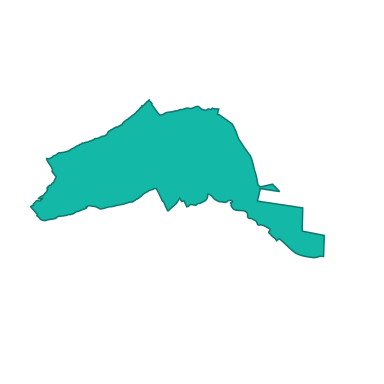 Santa Cruz Tlaxcala, Tlaxcala, Mexico (Equal Earth projection), rotated 114°
{"feature_id": "50627088B88725263381209", "entity_name": "Santa Cruz Tlaxcala", "entity_type": "district", "adm_level": 2, "iso_a3": "MEX", "parent_name": "Mexico", "parent_adm1": "Tlaxcala", "projection": "equal_earth", "projection_center": [-98.126, 19.361], "detail": "fine", "context": "isolated", "style": "filled", "palette": "teal", "viewbox_px": 384, "rotation_deg": 114, "n_neighbors": 0, "source": "geoboundaries", "source_scale": "gbopen_adm2", "svg_char_len": 6106}
<svg xmlns="http://www.w3.org/2000/svg" viewBox="0 0 384 384"><g transform="rotate(114 192 192)"><path d="M135.3,153.2L134.1,155.5L129.7,162.9L124.2,171.4L118.7,176.5L115.7,180.1L113.4,183.1L110.3,198.9L110.8,200.2L107.5,201.1L105.3,201.3L107.0,205.7L107.1,207.6L108.5,207.8L109.0,208.4L109.2,209.8L109.5,210.9L110.4,211.7L111.1,212.1L111.8,212.7L112.0,213.5L112.2,215.0L112.3,216.8L112.3,217.5L112.1,218.1L111.5,219.7L111.3,220.8L111.5,221.8L111.8,222.3L112.3,223.0L112.8,223.4L114.3,225.0L115.3,225.7L115.9,226.6L116.5,227.4L116.9,229.6L117.7,231.2L118.2,231.9L118.9,232.5L119.8,233.6L120.2,233.8L120.6,234.4L120.8,235.0L121.4,236.3L121.6,236.6L122.2,237.0L122.7,237.6L123.4,238.0L123.9,238.6L124.4,239.7L125.0,240.8L126.0,241.7L126.9,243.0L129.2,246.9L130.7,248.6L132.6,249.8L133.6,250.7L134.3,251.9L134.8,252.4L134.1,254.3L133.4,255.8L131.4,259.2L128.5,264.4L128.4,264.5L127.7,264.3L126.2,266.8L126.1,268.2L126.0,268.4L125.4,268.5L125.8,269.0L126.2,269.0L127.1,269.2L127.7,269.6L128.1,270.0L128.8,270.2L129.6,270.2L130.3,270.4L130.9,271.0L132.6,271.4L133.0,271.8L133.3,272.7L133.4,272.8L133.6,272.7L134.1,272.2L134.4,272.3L134.7,272.5L134.9,272.9L135.3,273.2L136.9,273.7L139.1,274.1L139.8,274.5L140.3,274.9L141.4,275.3L142.3,275.4L144.4,276.4L146.5,277.7L147.6,278.1L149.0,279.0L149.4,279.0L150.1,279.4L150.3,279.8L151.0,279.9L152.2,280.6L152.5,280.9L152.6,281.2L153.9,281.5L154.3,281.8L154.6,282.2L154.9,282.4L156.0,282.5L156.2,283.0L156.4,283.1L157.0,283.0L158.5,283.5L159.3,283.5L159.6,283.7L159.8,284.0L159.8,284.3L160.6,284.6L161.6,285.7L163.0,286.4L163.2,286.8L163.4,287.7L164.4,288.3L165.3,289.2L166.4,289.8L166.8,290.2L167.5,290.6L168.2,291.4L169.0,291.6L169.5,291.9L170.2,292.7L170.5,293.0L171.8,293.0L172.1,292.9L173.2,293.2L173.6,293.2L174.1,293.3L175.1,293.9L175.8,294.1L176.2,294.5L176.7,295.0L177.0,295.6L177.3,296.4L181.3,299.9L182.0,301.0L182.4,301.9L183.1,302.7L183.5,302.8L183.9,302.8L184.4,303.1L185.1,304.1L185.9,304.8L186.3,305.3L186.8,305.6L187.3,306.3L188.5,307.3L189.1,308.0L189.3,308.4L189.4,308.9L190.2,309.6L190.6,310.2L191.3,310.7L191.7,311.8L191.8,312.1L192.7,312.3L193.3,312.8L194.4,314.0L195.0,313.9L195.1,314.0L195.4,314.3L195.6,314.9L196.8,315.7L197.1,316.2L199.1,317.3L202.4,320.1L204.3,321.1L207.2,324.4L208.8,326.6L210.2,329.4L210.7,329.9L212.6,330.9L213.7,331.5L215.5,333.3L217.6,334.2L219.5,335.8L219.8,336.2L220.5,338.4L221.9,337.4L224.0,334.5L225.9,331.3L227.9,328.9L228.1,328.6L229.3,328.5L229.8,328.3L230.1,328.2L230.5,327.8L230.9,327.1L231.8,325.3L233.3,322.3L234.0,322.2L235.9,322.4L238.3,322.4L239.0,322.2L239.8,322.4L240.8,323.3L241.3,323.4L241.8,323.5L242.6,323.2L242.8,323.4L243.5,324.5L244.2,324.9L244.9,325.3L245.5,325.8L245.9,325.5L246.5,325.5L247.1,326.0L247.4,326.0L248.3,325.4L248.1,325.2L248.7,325.0L250.6,325.0L250.8,324.8L253.4,326.0L254.9,326.2L255.9,326.8L258.0,328.5L259.0,328.9L260.3,329.7L260.5,329.5L260.1,329.0L260.0,328.7L260.3,327.8L260.3,327.4L259.9,327.0L258.8,326.5L258.5,326.0L259.1,326.0L260.2,326.6L261.9,327.0L262.3,327.4L262.5,329.0L262.6,329.8L263.3,330.5L264.0,330.9L266.5,331.4L267.8,332.1L268.2,331.8L268.4,331.4L269.0,331.5L270.2,333.1L270.7,333.4L271.2,333.3L275.5,323.9L276.2,323.9L276.8,324.1L276.9,323.8L277.2,322.4L277.9,320.5L278.7,319.4L278.7,319.0L278.6,318.4L278.6,318.2L278.6,316.4L277.9,314.6L277.2,313.6L276.6,313.1L273.7,308.9L273.6,308.5L273.2,307.9L272.7,307.4L272.3,306.9L272.1,306.3L271.6,306.4L271.3,306.1L271.0,305.4L269.8,305.2L269.4,304.9L268.5,303.9L267.5,302.0L266.9,301.2L266.1,299.6L265.8,299.3L264.3,297.0L263.0,295.7L262.6,295.1L261.9,293.6L261.1,292.6L259.3,290.9L257.9,290.2L256.9,289.4L256.1,288.2L255.1,287.3L254.6,286.7L251.6,283.8L250.5,282.5L249.8,282.0L249.4,281.9L249.2,282.1L248.8,282.7L248.7,282.7L248.5,281.9L248.3,281.7L247.4,281.6L246.7,281.0L245.8,278.8L245.8,278.3L245.7,277.7L244.8,274.9L244.6,273.2L244.7,270.6L244.9,268.9L244.7,268.6L242.9,265.9L242.3,265.2L241.7,264.6L239.6,262.1L239.0,261.2L238.8,260.7L237.5,258.5L234.0,254.1L232.2,251.3L231.0,249.7L226.7,244.8L225.8,243.4L225.7,242.9L225.3,242.2L224.5,241.9L223.0,240.9L222.4,240.4L221.1,239.7L220.6,239.0L219.1,238.1L216.6,236.8L213.6,235.5L211.0,233.8L209.6,232.6L208.6,232.1L207.3,230.9L205.4,228.7L204.4,228.1L203.7,226.7L203.3,226.2L206.4,222.1L212.2,215.5L212.3,215.2L212.3,214.2L212.5,213.9L215.5,210.7L219.0,206.7L219.0,206.2L218.7,205.9L217.0,205.3L208.8,201.6L202.5,200.8L204.9,197.8L203.4,195.7L207.7,190.7L207.3,190.4L206.6,189.4L204.7,188.8L204.2,188.3L203.5,186.9L203.2,185.2L202.8,183.5L202.2,182.8L200.9,182.4L200.1,181.7L199.1,180.0L196.6,178.0L195.9,177.3L194.6,176.4L193.0,175.8L191.8,175.6L190.9,175.6L189.7,175.9L188.4,176.4L187.7,176.8L187.3,175.7L187.2,174.6L187.3,173.9L187.7,172.1L188.3,171.2L188.8,170.1L189.2,169.0L189.5,167.9L189.7,166.1L189.8,165.0L189.6,164.2L189.8,163.2L189.6,162.5L189.1,161.6L188.8,160.2L188.0,157.3L186.5,155.9L185.6,155.6L184.9,155.0L184.1,153.7L183.7,152.5L183.8,152.2L183.9,151.5L184.2,151.1L184.8,150.9L186.2,152.4L186.7,152.2L186.9,151.4L187.2,151.0L187.5,150.8L188.3,150.9L188.9,150.5L190.7,147.4L190.9,146.1L190.6,143.9L188.3,137.7L187.9,135.7L188.4,133.9L188.9,132.8L190.0,132.0L191.2,131.6L192.1,131.1L192.8,129.9L192.8,128.7L192.2,127.5L192.0,126.2L192.3,124.3L192.4,122.3L192.9,121.0L194.7,119.2L195.3,118.1L195.0,117.3L194.1,116.0L193.6,114.1L193.5,113.1L193.6,111.5L193.6,110.3L193.9,109.3L193.9,107.0L194.2,105.8L194.8,105.3L195.5,105.2L197.3,105.7L197.7,105.5L198.1,105.0L198.6,103.4L200.0,100.5L200.3,98.4L200.4,97.9L201.8,95.2L202.1,94.9L199.1,93.3L200.7,88.2L203.8,79.4L205.5,73.7L205.7,72.0L205.7,68.9L205.5,66.4L204.8,62.4L203.8,58.6L202.9,55.6L202.5,54.1L202.1,53.2L200.2,50.6L199.3,49.7L198.5,48.5L197.9,47.2L197.5,45.6L197.1,45.7L177.9,53.5L182.9,75.5L168.3,81.5L161.5,84.4L163.3,90.6L164.2,94.7L164.7,96.1L166.9,104.1L169.4,112.9L170.1,115.7L172.8,125.1L173.0,126.3L173.6,128.7L167.5,129.6L164.9,130.4L162.9,130.4L161.3,131.4L156.1,112.6L155.8,112.5L152.1,121.7L158.8,130.6L159.3,131.4L159.1,133.4L158.7,134.6L152.5,138.8L148.8,141.8L146.5,143.9L140.9,148.1L138.2,150.4L135.3,153.2Z" fill="#14b8a6" stroke="#0f766e" stroke-width="1.5"/></g></svg>